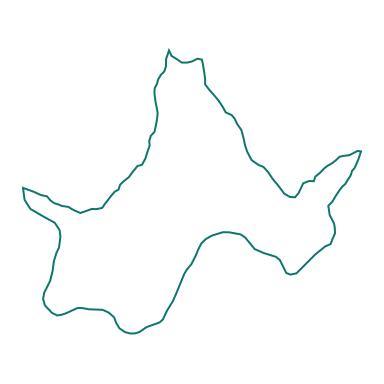 the district of Florínea, São Paulo, Brazil
{"feature_id": "56859067B78731912256426", "entity_name": "Florínea", "entity_type": "district", "adm_level": 2, "iso_a3": "BRA", "parent_name": "Brazil", "parent_adm1": "São Paulo", "projection": "natural_earth1", "projection_center": [-50.688, -22.869], "detail": "fine", "context": "isolated", "style": "outline", "palette": "teal", "viewbox_px": 384, "rotation_deg": 0, "n_neighbors": 0, "source": "geoboundaries", "source_scale": "gbopen_adm2", "svg_char_len": 2155}
<svg xmlns="http://www.w3.org/2000/svg" viewBox="0 0 384 384"><path d="M361.0,151.4L357.4,151.0L353.8,152.9L349.3,155.2L343.4,155.9L339.5,156.8L336.4,159.8L332.3,163.1L327.3,166.0L324.0,168.6L319.7,173.1L315.4,176.5L313.8,181.2L309.1,181.0L303.2,183.3L298.5,193.3L294.9,197.3L289.8,196.9L284.2,193.6L280.6,188.7L277.5,184.7L273.0,179.4L267.9,171.8L263.4,166.9L258.6,165.0L251.6,160.1L247.2,151.7L245.2,145.8L243.5,137.9L241.3,129.9L236.9,123.6L234.8,118.9L231.7,115.1L225.7,112.4L222.9,107.2L219.0,101.2L215.5,96.9L209.4,89.9L205.2,84.5L205.1,79.1L204.3,72.8L202.9,64.3L201.9,59.6L197.4,58.7L192.5,61.3L187.3,62.6L181.9,62.6L175.5,58.3L171.6,55.9L169.0,50.5L166.1,59.0L166.0,66.4L164.2,71.6L161.0,74.7L158.3,79.1L157.0,83.7L154.7,88.2L154.4,93.1L155.6,102.2L156.7,107.6L157.6,112.6L157.2,118.2L156.1,124.5L154.4,132.0L150.8,135.8L149.2,141.1L149.7,145.4L147.6,151.4L145.4,158.5L142.0,164.8L137.5,166.0L133.2,171.3L128.7,177.3L123.8,181.2L120.1,184.7L118.5,189.6L114.6,191.8L111.0,196.0L107.7,200.4L104.9,203.9L102.2,207.9L96.5,209.1L91.6,209.0L86.5,210.9L80.3,213.0L75.5,210.9L71.8,209.1L68.4,206.9L62.1,206.0L58.8,204.6L53.9,203.0L50.3,200.3L47.1,196.4L40.7,195.0L33.8,191.8L28.6,189.9L23.0,187.9L24.6,199.9L30.5,209.0L41.1,215.2L48.4,219.3L54.7,222.7L59.6,230.2L60.4,236.7L59.0,247.5L56.5,252.8L53.9,261.1L52.6,270.9L50.1,281.0L44.2,292.7L43.1,299.0L44.9,305.4L52.0,312.9L57.1,315.4L60.8,315.0L65.5,313.5L77.3,308.1L81.2,307.9L89.1,309.3L102.6,309.8L108.7,312.6L114.0,317.2L116.3,323.1L119.4,328.3L125.2,332.2L130.4,333.5L135.0,333.4L139.1,332.2L146.6,327.1L159.7,322.4L162.9,319.4L167.1,310.5L172.6,301.6L175.8,294.6L184.2,274.0L186.9,269.5L191.3,264.3L195.8,255.5L198.2,249.6L201.3,243.5L205.6,239.2L212.1,235.5L223.0,232.2L229.2,232.3L240.6,234.4L245.1,237.4L254.7,249.1L263.9,253.1L275.9,256.8L279.9,260.1L286.3,273.0L290.6,274.6L296.5,273.3L311.2,258.5L315.4,254.3L325.1,246.5L330.5,244.1L332.8,238.3L335.0,233.4L334.8,227.6L334.0,223.3L329.7,215.1L328.3,205.8L332.2,201.8L336.2,195.2L339.1,190.8L342.1,186.8L345.3,184.0L348.0,179.5L350.6,175.6L352.1,170.9L354.8,167.7L358.5,159.0L361.0,151.4Z" fill="none" stroke="#0f766e" stroke-width="2"/></svg>